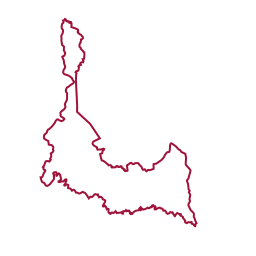 the district of Xaysetha, Attapu, Laos, rotated 16°
{"feature_id": "54806243B4321376255205", "entity_name": "Xaysetha", "entity_type": "district", "adm_level": 2, "iso_a3": "LAO", "parent_name": "Laos", "parent_adm1": "Attapu", "projection": "robinson", "projection_center": [107.034, 14.975], "detail": "fine", "context": "isolated", "style": "outline", "palette": "rose", "viewbox_px": 256, "rotation_deg": 16, "n_neighbors": 0, "source": "geoboundaries", "source_scale": "gbopen_adm2", "svg_char_len": 5818}
<svg xmlns="http://www.w3.org/2000/svg" viewBox="0 0 256 256"><g transform="rotate(16 128 128)"><path d="M36.9,50.5L38.4,51.6L38.9,53.1L39.1,55.3L38.6,56.4L38.6,58.6L39.3,59.7L39.8,62.2L41.8,66.3L44.0,67.4L44.9,71.0L46.9,73.2L47.1,74.0L46.8,76.1L45.6,77.1L45.2,77.7L47.7,80.8L48.7,83.4L50.7,86.3L50.8,87.5L50.0,90.4L50.5,92.7L51.2,93.4L52.0,93.8L56.5,94.0L60.0,95.2L60.3,95.8L60.9,96.0L61.4,96.9L63.4,98.5L63.3,99.5L62.7,100.6L61.6,101.6L59.2,105.0L58.1,106.0L57.8,107.8L58.0,109.5L58.7,110.6L59.4,110.9L59.9,111.5L61.3,116.4L61.5,117.9L60.7,122.4L62.1,125.1L61.5,127.6L59.2,130.6L58.8,132.0L59.5,133.4L59.6,134.5L60.4,135.4L63.7,136.3L64.3,136.8L64.3,137.3L63.2,139.0L62.2,139.7L60.1,139.6L58.3,139.0L57.5,139.3L56.5,141.1L56.2,143.3L54.3,147.9L52.5,150.8L51.6,151.6L51.2,152.9L51.1,155.1L49.5,157.5L49.4,158.9L49.9,160.6L50.7,161.5L55.1,162.6L56.4,165.8L59.4,165.5L61.0,166.4L61.6,167.3L61.8,169.4L62.5,170.1L62.6,170.7L62.1,172.4L61.2,173.1L60.8,173.9L61.6,175.1L62.1,176.5L61.7,179.1L62.4,179.7L61.7,180.9L62.1,181.1L61.7,181.9L59.1,182.1L58.0,182.9L57.7,187.4L57.0,189.0L57.7,189.2L57.8,190.1L58.3,191.1L60.0,191.4L60.3,191.9L60.2,192.7L59.5,194.4L59.2,198.5L58.6,199.2L57.6,199.5L58.8,201.7L60.5,203.7L62.8,203.9L64.3,205.6L65.0,205.9L66.3,206.0L67.4,205.0L68.7,203.1L70.8,197.9L70.6,195.6L70.1,195.2L70.1,194.6L69.8,194.3L69.9,193.1L69.1,192.9L68.9,192.2L68.6,192.0L69.0,191.1L70.9,190.3L71.3,190.5L72.0,191.6L72.3,192.4L72.1,193.2L72.5,193.6L73.1,193.1L73.1,192.3L73.7,190.8L74.3,190.8L75.9,191.9L76.1,192.7L77.3,194.6L77.8,195.9L77.5,196.7L75.9,198.5L76.0,198.9L76.9,199.0L78.7,197.8L80.7,197.1L81.7,195.0L82.6,194.4L83.2,195.0L83.4,195.9L83.1,196.8L83.0,199.1L82.4,200.1L82.6,200.7L83.2,200.8L84.4,199.2L85.9,199.1L86.5,199.6L86.7,201.9L87.0,202.3L89.5,202.1L91.4,203.7L92.2,202.6L93.0,202.3L94.2,202.8L95.7,204.4L96.9,204.1L99.0,204.5L100.0,204.0L102.0,201.9L103.2,202.2L104.4,202.1L107.7,204.5L108.6,205.6L109.4,205.9L109.8,206.4L110.8,204.4L112.1,204.4L113.0,203.7L113.9,201.3L114.8,200.6L115.9,200.7L117.4,200.2L117.6,201.2L118.6,201.6L119.3,202.6L120.6,201.6L121.7,201.9L122.7,202.4L123.4,203.5L125.7,203.7L126.2,204.1L126.3,205.3L125.3,209.5L125.6,210.2L126.4,210.2L126.9,209.2L127.2,209.0L128.7,210.0L130.0,212.0L131.0,211.2L131.7,211.3L132.3,214.0L132.9,214.7L133.8,214.7L134.0,215.3L134.5,215.4L134.9,215.3L135.9,213.6L137.1,213.8L137.8,213.5L139.0,211.4L140.7,212.9L144.7,211.0L145.7,211.8L146.7,211.8L146.7,211.2L145.6,210.8L145.4,210.4L146.5,209.2L148.0,208.9L148.6,207.5L149.6,208.3L150.3,207.6L151.0,207.8L151.3,207.3L151.8,207.1L152.9,208.1L153.3,209.3L154.1,209.0L154.2,209.9L154.6,210.0L155.8,209.3L156.1,208.1L157.2,206.5L158.4,205.3L161.2,204.0L161.4,203.2L161.0,202.5L161.9,200.6L162.8,201.2L162.4,202.9L162.8,203.4L164.4,201.8L165.1,202.2L166.4,201.5L167.9,200.3L168.7,199.2L170.1,199.4L170.8,199.1L171.4,197.8L172.3,197.8L172.7,197.5L172.9,196.8L172.5,195.9L173.2,195.3L173.9,195.4L174.6,196.2L175.7,195.8L176.3,196.4L175.7,197.9L176.1,198.8L177.4,198.5L178.2,197.4L179.5,196.3L180.6,195.8L181.3,196.3L182.6,196.0L183.5,196.2L184.7,197.7L186.2,197.1L187.7,198.1L188.2,199.0L189.6,199.6L191.0,198.8L191.8,197.1L193.3,197.3L194.0,196.8L194.5,197.1L194.9,198.0L196.1,198.7L196.6,199.5L197.4,199.8L198.0,197.4L198.8,196.1L201.0,196.7L202.4,196.2L202.6,196.5L202.2,197.4L202.3,197.6L205.2,198.3L205.8,199.5L207.5,200.4L208.0,201.2L208.7,201.6L208.6,202.5L209.4,203.1L210.8,203.2L212.0,201.8L213.9,201.6L215.0,200.8L215.2,201.0L215.7,202.4L217.2,202.5L219.2,203.9L219.7,203.8L219.3,201.8L220.1,200.6L217.9,198.2L217.0,196.5L216.1,195.7L215.6,194.9L215.2,192.8L214.4,191.6L210.7,189.5L207.3,185.5L207.1,183.9L207.6,182.8L207.7,181.0L206.7,179.5L206.3,175.3L205.9,174.6L204.2,173.0L204.6,171.4L203.3,170.4L201.1,165.2L199.2,162.5L199.2,161.8L200.0,160.1L199.9,152.0L199.4,151.0L193.8,147.5L193.2,146.2L192.1,140.8L190.2,137.0L185.8,136.3L184.4,135.0L182.4,134.5L179.2,132.5L174.3,130.8L173.7,130.8L173.3,131.3L173.2,133.1L174.2,137.3L174.3,139.4L173.9,139.9L172.6,140.3L171.9,141.2L171.0,143.6L170.7,145.6L170.2,147.1L169.0,149.5L165.1,154.4L162.6,155.6L162.9,157.2L163.7,159.3L163.8,160.3L161.0,162.3L159.9,162.7L159.3,162.6L158.5,163.1L157.8,164.5L156.7,164.1L155.7,163.1L155.3,163.1L153.9,164.1L153.5,163.9L151.5,161.4L149.1,160.3L148.3,159.5L147.4,159.0L144.6,159.8L144.0,160.7L142.6,161.4L140.6,160.6L139.5,161.4L138.2,163.3L137.7,163.5L137.3,164.4L139.3,168.9L139.2,169.3L137.6,170.0L136.8,169.4L136.6,169.9L135.7,169.5L135.3,168.5L134.7,168.3L134.3,168.1L133.8,168.4L133.3,168.2L132.4,166.7L131.5,166.7L131.1,167.0L131.1,167.5L130.2,168.0L129.3,168.1L129.2,167.8L128.0,167.6L127.5,167.7L127.2,168.0L127.1,168.8L126.5,169.3L125.7,169.7L123.7,169.8L123.7,170.3L123.3,170.4L122.8,170.1L122.8,169.2L121.6,168.5L119.5,169.2L118.9,168.6L114.9,166.9L112.9,166.3L111.6,166.4L108.4,160.8L110.1,159.4L110.0,156.5L110.9,155.5L110.9,154.8L110.0,154.7L108.2,155.9L104.7,157.2L103.8,156.2L103.6,155.2L100.1,154.3L98.8,153.5L98.2,152.8L98.2,151.3L98.5,150.5L103.8,145.7L90.5,134.5L74.6,126.5L72.9,120.3L64.9,96.9L63.5,91.1L63.4,89.6L62.2,88.9L62.4,87.9L63.8,87.2L64.5,86.2L64.1,83.2L63.3,82.4L63.8,81.2L64.5,80.9L65.4,80.3L65.2,80.0L64.6,80.1L64.3,79.7L64.5,78.3L65.9,77.3L66.6,77.2L66.3,76.4L66.7,75.9L65.5,74.3L66.5,73.9L66.6,72.4L66.2,71.7L66.1,70.4L65.2,67.3L64.4,67.3L63.6,66.5L60.8,64.9L60.5,64.0L59.0,63.3L58.4,61.4L58.5,59.9L58.9,58.9L58.6,58.3L58.8,57.1L58.4,55.9L59.2,55.4L59.9,54.0L59.5,53.0L56.9,51.3L55.5,51.1L54.4,50.4L53.7,50.3L53.3,49.8L53.4,49.1L53.1,49.0L53.1,47.8L52.7,47.2L49.5,46.7L45.8,46.6L44.9,43.0L43.6,43.0L44.0,42.5L43.9,41.9L42.6,42.0L42.1,42.4L41.5,41.8L40.6,42.3L40.3,42.0L39.5,42.3L39.3,42.2L39.5,41.8L38.8,41.6L38.0,40.6L37.3,40.6L37.1,41.8L35.9,42.6L36.8,43.7L36.8,44.9L36.1,45.6L36.0,47.1L36.3,49.2L36.9,50.5Z" fill="none" stroke="#9f1239" stroke-width="2"/></g></svg>